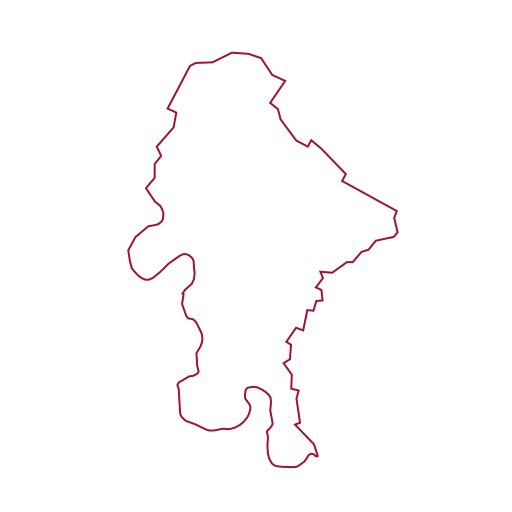 outline of Lauderdale, Tennessee, United States of America, rotated 297°
{"feature_id": "52423323B2530674009374", "entity_name": "Lauderdale", "entity_type": "district", "adm_level": 2, "iso_a3": "USA", "parent_name": "United States of America", "parent_adm1": "Tennessee", "projection": "orthographic", "projection_center": [-89.758, 35.743], "detail": "fine", "context": "isolated", "style": "outline", "palette": "rose", "viewbox_px": 512, "rotation_deg": 297, "n_neighbors": 0, "source": "geoboundaries", "source_scale": "gbopen_adm2", "svg_char_len": 2321}
<svg xmlns="http://www.w3.org/2000/svg" viewBox="0 0 512 512"><g transform="rotate(297 256 256)"><path d="M432.7,157.5L426.2,142.2L408.8,129.3L400.6,114.6L395.5,110.9L347.2,110.3L347.6,119.9L333.2,124.2L308.4,117.9L302.2,126.0L291.9,124.0L279.7,130.2L266.4,127.2L258.6,141.3L257.2,148.0L255.2,150.9L252.5,153.7L251.2,154.5L246.6,156.3L244.4,156.3L240.1,154.6L237.3,151.5L233.7,146.6L218.2,140.0L203.1,139.6L194.4,145.8L189.0,150.6L187.2,153.9L185.5,158.9L184.8,161.3L184.4,164.6L184.6,167.6L185.1,169.3L186.8,171.8L189.7,174.1L198.3,177.9L209.8,181.7L221.5,187.9L224.3,190.1L225.2,191.3L226.0,193.5L226.2,195.5L225.8,198.3L224.6,201.1L223.3,202.6L215.4,207.3L213.3,208.9L207.2,211.2L202.0,211.4L193.5,208.1L189.1,207.6L189.1,208.8L179.7,211.9L171.3,220.7L169.6,223.7L170.9,227.9L170.8,229.7L169.6,233.0L163.8,240.9L161.7,243.2L160.8,244.0L156.9,246.3L154.8,247.0L150.2,247.6L142.4,247.0L135.8,251.0L132.3,252.8L127.1,257.3L124.6,257.2L120.9,254.6L118.3,251.0L108.2,244.6L105.7,244.4L103.9,245.9L102.5,247.5L82.4,259.2L80.3,260.8L78.9,262.8L77.5,266.9L77.4,269.6L78.5,278.3L78.7,289.8L79.2,293.2L80.6,296.2L82.4,299.1L86.7,304.3L89.7,311.0L93.4,315.0L98.2,318.4L102.4,320.2L107.8,321.4L112.0,321.5L116.8,320.5L118.9,319.6L120.0,318.6L121.2,316.9L123.8,311.7L124.5,310.7L127.5,309.1L131.7,307.7L133.7,307.9L135.1,308.7L138.2,312.9L139.6,316.9L139.7,322.1L139.2,326.3L138.0,330.6L136.4,333.3L132.2,335.9L124.9,338.8L114.6,346.7L113.0,347.2L111.4,347.0L107.8,346.3L105.1,345.3L104.3,345.6L99.9,349.0L92.5,352.1L85.0,356.6L81.7,359.5L80.0,361.8L78.4,364.4L77.8,366.7L77.8,368.0L78.5,370.9L79.9,374.7L84.1,383.6L85.3,385.9L87.3,388.6L94.4,392.2L97.3,392.9L101.1,393.1L103.0,393.5L105.0,395.1L105.5,397.5L104.9,399.6L105.0,401.3L105.9,401.7L114.5,393.2L123.5,367.3L127.4,370.9L147.3,356.8L155.5,355.1L153.8,347.6L166.5,341.8L173.0,329.3L179.5,333.1L192.8,327.5L193.3,322.0L210.3,324.3L211.1,331.8L231.1,326.3L233.3,332.0L243.3,330.2L246.6,335.5L255.4,329.7L255.2,323.6L266.7,325.7L271.2,320.5L275.7,331.5L291.7,339.7L294.5,345.0L307.5,348.1L312.7,353.4L324.0,355.8L335.6,370.1L341.4,371.4L352.6,361.9L360.0,361.0L361.9,298.7L369.8,298.8L381.4,265.1L384.2,252.7L377.0,252.5L377.1,239.5L388.9,215.9L396.8,208.9L398.8,199.1L425.2,202.5L424.7,188.2L434.6,170.8L432.7,157.5Z" fill="none" stroke="#9f1239" stroke-width="2"/></g></svg>